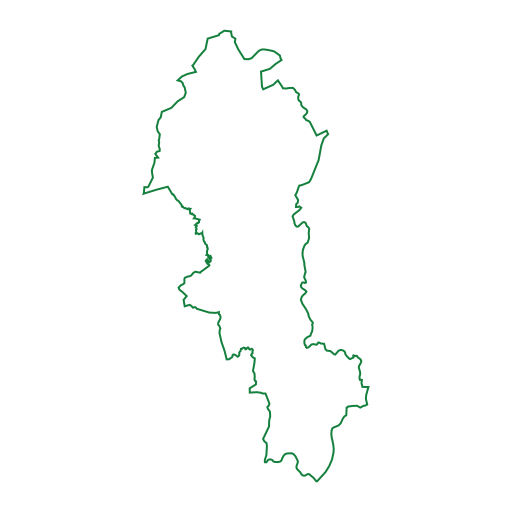 outline of Antananarivo Avaradrano, Analamanga, Madagascar
{"feature_id": "10022922B99940912082943", "entity_name": "Antananarivo Avaradrano", "entity_type": "district", "adm_level": 2, "iso_a3": "MDG", "parent_name": "Madagascar", "parent_adm1": "Analamanga", "projection": "mercator", "projection_center": [47.627, -18.918], "detail": "fine", "context": "isolated", "style": "outline", "palette": "green", "viewbox_px": 512, "rotation_deg": 0, "n_neighbors": 0, "source": "geoboundaries", "source_scale": "gbopen_adm2", "svg_char_len": 6072}
<svg xmlns="http://www.w3.org/2000/svg" viewBox="0 0 512 512"><path d="M178.6,287.6L179.5,289.8L182.7,292.2L186.7,296.1L183.6,299.8L184.7,306.3L189.7,304.8L191.4,306.0L193.0,307.7L194.8,307.1L195.9,307.6L196.9,308.8L209.5,312.6L216.0,312.9L218.9,312.1L218.9,314.2L220.0,315.0L220.6,317.2L220.1,319.1L218.1,323.1L218.3,324.9L219.2,325.7L220.4,328.6L219.7,329.8L219.5,333.2L221.5,342.1L224.5,350.7L226.7,359.4L229.4,359.2L230.4,358.2L231.8,357.5L232.6,356.3L232.5,355.3L233.2,354.5L234.2,354.5L235.6,355.1L237.7,356.7L238.5,356.3L239.4,354.7L239.2,352.9L239.7,351.8L240.6,350.8L241.0,348.9L242.2,348.7L242.7,348.0L243.9,347.6L245.1,348.1L245.4,349.3L246.4,349.0L247.4,347.6L248.4,347.6L249.1,348.9L249.9,349.6L251.7,348.8L252.5,349.4L252.9,350.4L252.3,351.9L252.6,353.1L251.5,354.2L251.1,355.2L252.9,357.4L254.8,358.4L254.4,363.0L253.0,370.9L254.5,373.6L254.7,377.0L254.5,379.6L255.0,380.8L255.5,380.8L256.1,381.5L255.9,384.4L249.7,388.3L249.8,392.6L257.0,392.2L261.1,392.8L262.7,393.5L265.5,393.5L269.4,403.6L268.9,405.4L267.3,407.1L267.9,408.8L269.9,411.6L270.2,416.5L269.2,420.3L269.0,426.6L263.1,438.9L264.3,441.3L266.6,443.2L266.9,446.0L266.4,454.9L264.8,460.3L264.9,462.2L266.3,462.3L268.3,459.8L269.8,459.4L271.4,459.6L272.5,460.2L273.3,461.4L274.4,461.9L277.7,462.1L279.9,461.7L281.4,460.6L282.4,457.9L283.5,455.9L285.2,454.1L287.5,453.4L292.0,453.3L293.8,454.4L295.5,456.3L297.7,460.8L297.9,462.1L296.5,466.1L296.5,467.9L297.2,469.2L300.1,472.1L301.9,474.9L303.0,475.5L304.3,475.7L305.4,475.4L307.7,474.1L309.1,474.1L313.8,478.1L316.2,481.2L317.1,481.3L325.5,472.1L329.2,466.1L332.0,459.5L333.5,452.7L333.7,449.2L333.3,444.8L331.7,437.4L331.3,434.0L331.6,430.5L332.4,428.3L333.6,427.5L338.5,425.5L340.7,423.3L342.8,418.7L344.4,416.4L346.3,415.2L346.6,407.6L347.4,407.3L348.2,406.5L353.1,405.9L357.1,405.8L360.3,407.6L363.4,405.9L365.1,405.6L367.2,404.5L365.9,398.9L366.2,395.0L368.4,387.0L362.4,386.9L361.5,383.1L361.9,379.9L361.1,379.7L360.0,379.9L359.5,378.5L359.6,376.2L360.2,374.3L360.1,372.1L358.8,367.6L359.0,366.2L361.0,362.4L361.3,361.1L360.5,359.3L357.6,357.2L356.9,355.9L355.2,355.9L353.5,355.4L353.2,355.6L353.3,356.2L353.8,356.6L353.5,357.5L350.0,359.1L349.2,358.6L346.7,356.1L345.5,354.4L345.0,352.4L344.4,351.3L343.0,350.5L341.4,350.0L340.4,350.0L338.6,350.7L335.2,354.6L333.9,354.1L330.5,351.1L326.8,350.6L325.5,349.3L324.1,343.8L320.8,343.5L319.2,342.6L318.3,342.5L317.2,344.2L316.4,344.7L313.3,344.1L311.5,344.5L308.8,347.0L307.9,347.6L306.8,347.8L306.0,347.2L305.8,345.6L305.4,345.1L304.9,345.0L304.5,343.6L304.3,341.3L304.8,339.4L307.1,337.3L310.4,335.7L311.1,333.4L312.1,331.5L312.6,328.0L312.4,325.6L312.1,324.6L312.8,323.4L312.5,322.1L310.4,319.7L308.8,316.4L308.2,313.5L305.9,309.0L302.3,303.6L300.9,299.7L301.7,296.9L303.1,295.2L305.3,293.3L306.4,291.6L305.1,290.1L302.3,288.4L300.9,286.7L300.9,285.3L302.2,282.6L303.6,282.4L304.8,283.0L306.0,282.5L305.8,280.8L304.1,277.2L305.1,273.1L305.5,272.7L305.6,271.8L304.4,265.2L304.3,262.7L302.7,256.3L302.5,253.8L302.9,249.9L304.4,245.8L305.7,243.9L307.6,242.7L309.1,238.1L308.7,232.8L309.2,228.8L308.3,227.2L306.8,226.1L305.6,222.9L304.2,222.1L302.7,222.4L298.2,226.5L297.0,226.7L295.7,225.8L294.6,223.7L294.2,221.1L292.6,216.3L293.7,214.5L299.4,210.1L301.2,207.8L299.3,206.4L298.2,206.9L296.0,207.0L296.2,204.1L297.7,202.7L298.1,200.0L295.3,195.2L296.9,192.3L298.4,187.7L299.3,185.6L301.7,185.1L309.1,182.2L311.1,178.8L318.6,160.1L321.3,145.5L323.8,138.4L328.1,134.2L326.6,130.7L316.6,135.5L309.8,121.9L308.3,120.9L306.2,120.1L305.7,119.2L303.6,117.2L303.8,116.1L305.5,114.7L307.0,112.9L307.3,111.2L306.4,109.5L303.0,107.3L301.8,105.9L301.2,104.6L301.2,103.0L300.8,102.1L298.9,100.5L298.3,99.4L298.2,96.7L299.1,94.4L298.5,93.5L296.0,92.0L295.0,89.9L293.0,87.9L289.2,88.0L286.3,88.5L282.9,88.3L282.0,86.5L277.9,80.4L273.2,84.8L263.2,89.3L262.0,86.7L261.0,71.6L269.8,68.9L275.7,63.9L281.5,60.0L280.5,58.2L279.9,55.5L274.0,51.3L268.2,50.0L263.9,49.4L262.2,49.5L260.8,49.8L258.5,51.1L251.6,58.2L248.5,59.2L244.4,59.1L238.3,49.4L234.8,42.1L235.4,38.7L231.9,36.5L231.2,32.9L231.2,31.5L224.4,30.7L219.2,33.9L218.9,35.2L207.7,38.6L205.5,49.1L199.0,56.5L193.1,65.1L192.4,65.6L194.6,69.1L195.9,71.9L187.4,74.0L181.9,76.5L177.7,80.4L181.0,81.3L182.7,83.1L183.1,84.9L184.7,87.6L185.8,92.8L184.1,97.2L177.8,101.2L171.3,107.9L161.8,111.9L160.8,117.2L158.5,120.1L156.7,126.9L157.7,131.3L159.8,134.2L159.2,139.0L158.7,140.6L159.2,142.1L158.7,146.0L159.8,149.3L159.6,151.0L156.8,151.8L155.3,153.9L158.1,157.6L154.9,157.9L154.4,162.9L152.0,169.7L151.9,171.9L152.9,177.6L148.4,186.6L147.9,187.1L147.2,187.3L144.4,187.1L143.9,192.7L143.6,193.7L156.1,189.8L167.8,186.7L172.4,194.4L172.9,194.2L173.3,194.4L175.3,197.3L175.6,198.4L177.1,200.2L178.6,201.1L181.5,204.8L181.8,206.3L182.2,206.3L182.4,206.8L182.8,206.6L184.0,207.9L185.0,208.3L185.5,208.1L186.4,208.7L187.4,208.7L187.6,209.2L188.2,209.1L188.3,208.6L189.0,208.4L189.4,209.1L190.3,209.0L189.8,209.9L190.2,213.5L192.0,213.6L191.9,214.2L193.7,214.7L194.3,215.5L195.0,215.9L194.8,217.1L194.0,218.3L194.8,218.3L199.7,219.7L199.0,220.9L199.0,222.3L198.3,222.9L198.1,222.6L196.7,223.4L196.1,224.1L196.3,224.5L195.2,225.1L196.6,225.9L196.0,227.1L196.3,227.1L196.1,227.6L196.6,229.3L196.0,229.9L196.2,232.5L195.6,233.2L195.7,233.6L195.8,233.8L197.6,233.3L198.9,234.3L200.7,233.4L201.7,233.6L202.3,232.6L202.4,234.7L203.6,237.9L203.4,239.4L203.7,240.6L204.3,241.8L204.8,242.1L205.0,243.3L205.6,244.2L206.9,245.1L207.1,247.5L207.5,247.5L207.8,249.0L207.0,250.9L207.1,254.2L206.6,254.9L208.1,255.0L208.2,257.2L208.6,257.5L209.1,257.5L209.7,256.1L210.4,255.8L211.4,257.9L209.7,258.6L209.9,259.1L210.7,259.7L210.7,261.0L210.5,261.5L209.5,262.0L208.7,261.1L207.6,261.1L207.7,259.6L207.5,259.3L207.2,259.3L207.1,259.7L205.9,259.6L206.5,260.0L205.8,260.7L205.7,261.2L206.7,262.3L208.3,262.6L208.2,263.1L207.3,263.5L207.7,264.0L209.0,264.5L209.4,265.4L208.9,265.9L200.5,272.1L200.2,272.7L195.3,271.7L193.3,272.9L191.2,275.5L189.5,276.3L187.4,276.6L184.9,277.8L184.4,278.8L184.4,283.0L183.5,284.0L180.8,285.3L178.6,287.6Z" fill="none" stroke="#15803d" stroke-width="2"/></svg>